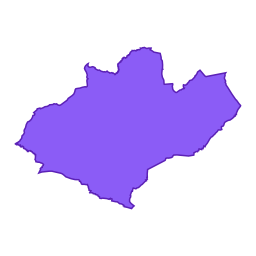 the district of Phayuha Khiri, Nakhon Sawan, Thailand
{"feature_id": "78962969B23283283328110", "entity_name": "Phayuha Khiri", "entity_type": "district", "adm_level": 2, "iso_a3": "THA", "parent_name": "Thailand", "parent_adm1": "Nakhon Sawan", "projection": "orthographic", "projection_center": [100.164, 15.5], "detail": "fine", "context": "isolated", "style": "filled", "palette": "violet", "viewbox_px": 256, "rotation_deg": 0, "n_neighbors": 0, "source": "geoboundaries", "source_scale": "gbopen_adm2", "svg_char_len": 5683}
<svg xmlns="http://www.w3.org/2000/svg" viewBox="0 0 256 256"><path d="M27.6,122.0L26.3,124.5L25.5,127.7L24.2,130.1L24.1,131.1L24.4,132.5L24.3,133.0L23.4,134.6L22.1,135.7L21.6,138.5L20.3,139.9L20.1,140.7L18.1,142.2L16.1,143.3L15.4,143.9L16.3,144.6L16.8,144.8L17.3,144.4L17.6,143.8L17.9,144.0L18.3,145.0L19.0,145.0L19.7,145.5L20.3,145.2L20.3,146.0L20.5,146.2L20.4,146.5L21.1,147.0L21.7,146.8L21.7,146.4L22.1,146.1L22.7,146.6L23.1,146.5L23.5,146.9L23.4,147.4L23.6,147.7L23.5,148.0L23.7,148.4L24.2,148.4L24.3,148.7L25.7,149.1L25.9,149.7L26.5,149.9L26.7,150.3L27.0,150.2L27.1,150.5L27.5,150.6L27.5,151.0L27.7,150.9L27.8,151.2L28.1,150.9L28.4,151.3L28.7,150.9L29.2,150.9L30.0,150.6L30.4,151.0L30.6,150.9L30.7,151.1L31.3,151.2L31.3,151.5L31.7,151.8L32.2,151.8L32.5,152.4L32.8,152.5L33.4,153.5L33.8,153.4L34.3,153.8L34.3,153.5L34.6,153.5L35.0,154.7L35.6,154.7L35.7,155.0L35.4,155.6L35.6,156.2L35.4,156.7L35.4,158.3L35.0,159.3L35.7,160.7L36.0,161.4L35.9,161.7L37.5,162.1L39.7,162.3L40.7,162.9L41.8,163.1L43.5,164.4L43.2,165.5L42.1,166.4L42.2,167.4L41.2,167.7L40.3,168.6L40.3,169.0L40.6,169.4L40.6,169.7L40.0,170.6L38.8,173.0L41.8,172.0L49.4,171.2L51.9,171.2L61.0,173.3L62.4,173.9L64.3,175.4L65.8,176.8L71.1,178.7L75.1,179.6L78.8,179.7L79.3,180.3L79.5,181.3L80.4,181.4L80.4,181.7L81.1,182.8L81.4,183.8L82.0,184.3L84.2,184.3L86.7,184.7L87.4,184.5L87.7,185.4L88.5,187.0L88.3,187.4L89.0,189.4L89.0,190.2L90.9,190.7L89.7,192.7L90.0,192.9L90.7,192.4L91.1,192.4L91.5,192.8L92.7,192.8L93.2,193.7L95.4,193.8L95.4,194.5L96.5,194.7L96.6,194.9L97.7,195.0L98.2,196.2L98.7,196.3L99.5,196.8L99.4,197.6L100.0,198.3L101.4,198.5L102.0,198.2L103.0,198.2L106.8,198.6L109.1,199.3L109.4,198.8L110.3,199.1L110.5,198.4L112.0,199.0L111.9,199.9L111.7,200.9L115.5,201.7L117.5,201.9L119.6,203.7L121.5,203.9L123.6,205.1L123.4,205.8L124.4,206.1L124.3,206.7L127.1,207.3L131.6,208.6L132.5,207.4L134.1,205.9L131.1,203.5L130.4,202.7L129.6,201.5L129.6,199.4L129.9,198.2L130.6,197.1L130.7,196.2L130.7,195.5L130.3,195.3L131.7,191.2L132.4,191.3L132.8,189.2L133.2,188.1L135.9,188.8L137.0,187.9L138.1,187.7L139.2,187.0L141.5,184.7L142.1,184.5L142.6,184.0L145.1,181.4L146.5,180.7L146.4,180.4L145.8,179.9L147.3,179.2L146.8,177.4L147.3,177.3L147.2,174.0L147.6,169.5L164.7,160.6L165.3,160.1L165.7,158.6L166.1,158.2L167.4,158.0L168.7,158.1L170.9,157.7L171.7,157.4L172.6,156.8L172.7,156.2L173.7,155.1L176.9,154.9L188.6,156.0L193.8,155.1L194.0,152.7L194.7,152.5L195.6,151.8L196.2,151.5L197.6,151.7L198.4,150.3L198.8,150.4L199.1,148.9L201.7,149.6L202.0,148.5L203.0,148.7L203.9,146.0L205.0,146.7L205.7,145.2L207.3,143.2L209.9,138.7L210.8,137.6L211.3,137.0L212.3,136.6L214.0,134.8L214.8,134.2L215.5,133.2L217.3,131.5L218.3,129.9L220.5,130.0L221.8,129.5L221.4,128.2L221.5,126.5L223.1,126.1L223.6,125.5L224.5,122.8L225.2,122.0L227.9,120.5L230.1,120.0L232.5,118.3L234.3,116.6L234.3,116.1L235.3,116.0L235.4,114.5L236.4,114.5L236.4,113.1L237.9,109.6L240.4,106.3L240.6,105.5L238.9,103.6L236.5,100.2L235.7,99.6L231.9,94.1L227.6,87.2L226.1,85.1L225.8,83.4L225.2,82.3L225.6,81.3L225.5,80.7L224.6,79.0L224.4,78.2L224.6,76.8L224.8,76.5L225.1,75.3L224.9,74.1L225.7,72.8L206.0,76.6L204.9,76.0L200.0,70.2L197.6,72.0L196.9,73.8L195.2,76.1L194.9,76.1L194.8,76.9L194.5,77.3L192.0,79.9L189.6,80.6L188.7,82.1L187.5,83.3L187.2,84.1L186.4,84.3L186.2,84.8L185.1,85.2L183.5,84.8L183.3,85.7L183.5,87.2L183.9,88.0L184.4,88.1L184.2,88.5L183.9,88.7L182.9,88.8L182.0,89.2L181.1,89.9L180.0,90.0L176.7,92.4L176.1,92.5L175.5,92.3L173.6,90.7L172.8,89.3L172.3,86.2L172.8,84.6L172.6,83.7L164.7,84.3L164.1,84.1L163.8,80.2L162.4,77.3L161.8,74.3L161.8,72.9L162.2,69.3L162.8,69.2L162.5,68.4L162.6,64.9L162.3,61.3L162.1,60.5L161.2,59.3L161.1,57.2L160.2,53.4L153.8,52.1L152.4,51.0L150.1,49.7L150.4,49.0L150.9,48.8L151.1,48.1L148.4,48.1L146.9,48.5L146.0,48.2L144.2,47.4L143.2,47.8L142.6,47.7L141.3,48.3L140.4,48.1L140.5,48.8L139.7,49.7L138.2,49.6L137.9,49.8L137.4,49.8L137.2,50.2L136.5,50.1L136.3,50.4L136.5,50.5L136.3,50.7L136.1,50.6L135.7,50.8L134.3,50.4L133.1,50.7L132.3,50.5L132.3,50.8L131.8,51.0L131.4,51.5L130.4,52.2L130.3,52.6L129.8,53.4L129.9,53.7L129.4,54.6L129.1,54.9L128.5,54.8L128.3,55.4L128.0,55.3L127.1,55.8L126.7,57.5L126.3,57.5L125.6,58.0L125.5,57.8L125.1,57.8L124.7,57.5L124.1,57.7L123.9,57.4L123.4,57.8L123.3,58.1L122.9,58.0L122.6,58.5L122.3,58.7L122.6,59.3L122.2,59.6L121.9,60.4L121.6,60.3L121.1,60.8L121.0,61.5L120.7,61.4L120.6,61.9L119.8,62.1L119.9,62.5L118.6,63.3L118.4,63.7L118.1,63.7L117.8,64.3L118.0,64.5L117.8,66.0L117.9,66.3L118.2,66.4L118.2,67.1L118.5,67.2L118.3,67.6L118.4,69.0L118.9,69.2L118.8,70.0L118.4,70.4L118.6,70.6L118.3,71.2L118.4,71.7L117.7,72.3L117.5,72.1L117.1,73.1L116.4,72.9L116.3,73.4L115.8,73.7L115.2,74.5L114.9,74.5L114.9,74.1L113.5,73.3L113.1,73.3L113.0,73.0L112.5,73.1L111.9,72.6L110.9,72.9L109.7,73.0L109.4,72.6L108.5,72.3L107.5,71.6L107.1,71.1L105.9,71.9L105.1,72.0L104.5,71.7L103.6,71.9L101.1,71.2L99.3,70.0L98.0,70.3L95.1,68.6L95.1,67.7L93.5,66.9L92.5,66.7L89.9,67.4L89.2,67.2L88.0,66.1L87.9,64.6L88.2,63.6L87.3,64.1L85.5,65.9L84.8,67.2L84.5,68.5L85.3,70.4L86.3,72.0L87.1,74.4L87.3,75.2L86.9,76.4L86.9,77.8L88.0,78.8L87.8,79.1L87.1,79.6L87.0,80.0L86.9,80.9L87.4,85.2L87.1,86.5L86.4,86.9L85.9,87.0L85.3,86.7L82.2,87.3L79.9,88.1L77.0,88.5L75.8,88.8L75.2,89.7L74.8,91.6L73.9,93.9L72.3,95.5L68.2,98.4L67.1,100.2L60.9,104.8L59.7,105.4L59.0,105.1L58.5,105.2L57.8,104.8L57.0,104.3L56.7,103.8L55.8,104.1L54.4,103.8L53.6,103.9L53.0,104.5L49.6,104.8L49.2,105.3L48.2,105.8L47.6,106.3L45.0,106.7L42.8,107.9L40.6,108.7L40.3,108.2L39.9,108.1L37.2,108.8L36.9,109.9L33.7,112.6L34.8,113.7L34.7,114.4L34.5,115.0L32.9,115.5L32.5,117.2L31.2,119.6L30.5,120.1L29.4,121.3L28.6,121.5L27.6,122.0Z" fill="#8b5cf6" stroke="#5b21b6" stroke-width="1.5"/></svg>